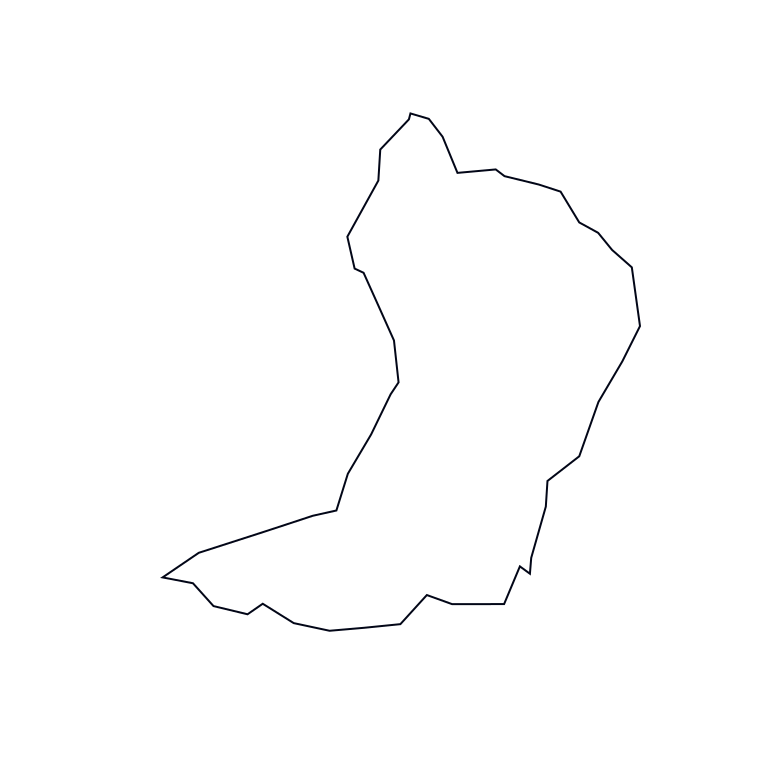 Agia Marinouda, Paphos, Cyprus (orthographic projection), rotated 341°
{"feature_id": "46923920B24461957866054", "entity_name": "Agia Marinouda", "entity_type": "district", "adm_level": 2, "iso_a3": "CYP", "parent_name": "Cyprus", "parent_adm1": "Paphos", "projection": "orthographic", "projection_center": [32.475, 34.762], "detail": "fine", "context": "isolated", "style": "outline", "palette": "ink", "viewbox_px": 768, "rotation_deg": 341, "n_neighbors": 0, "source": "geoboundaries", "source_scale": "gbopen_adm2", "svg_char_len": 766}
<svg xmlns="http://www.w3.org/2000/svg" viewBox="0 0 768 768"><g transform="rotate(341 384 384)"><path d="M460.2,610.9L466.6,596.3L497.1,552.6L507.0,528.9L545.1,515.9L580.9,470.8L616.7,440.2L644.9,412.6L656.3,354.4L643.3,331.5L635.7,310.8L621.2,294.8L613.6,259.6L595.3,245.8L565.6,226.7L559.5,217.5L522.2,208.3L519.9,169.3L512.7,147.9L497.1,136.8L493.7,141.9L456.8,161.1L444.9,189.8L397.3,232.8L393.8,265.3L400.9,272.2L404.3,309.2L407.6,346.1L398.3,387.2L386.9,395.9L355.4,427.5L320.6,457.1L297.8,488.1L273.7,485.4L223.5,484.7L153.9,483.3L111.7,494.8L138.5,510.2L150.5,538.5L180.0,557.3L197.8,552.3L220.8,580.7L252.2,599.6L285.7,608.0L321.3,616.4L355.8,597.5L376.7,614.3L425.9,631.2L453.1,600.7L460.2,610.9Z" fill="none" stroke="#020617" stroke-width="2"/></g></svg>